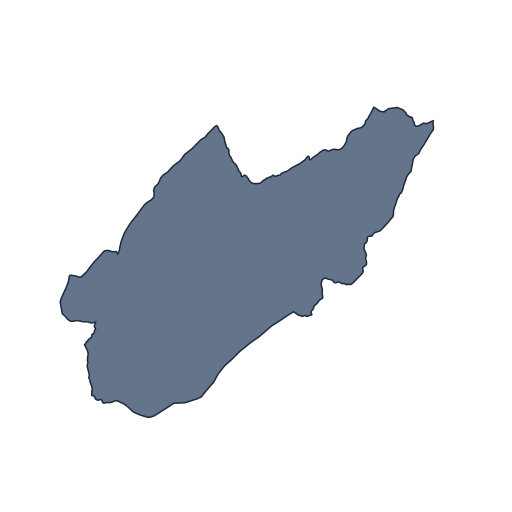 Boyacá, Boyacá, Colombia (Albers equal-area conic projection), rotated 168°
{"feature_id": "7082276B78300809096113", "entity_name": "Boyacá", "entity_type": "district", "adm_level": 2, "iso_a3": "COL", "parent_name": "Colombia", "parent_adm1": "Boyacá", "projection": "albers", "projection_center": [-73.391, 5.44], "detail": "fine", "context": "isolated", "style": "filled", "palette": "slate", "viewbox_px": 512, "rotation_deg": 168, "n_neighbors": 0, "source": "geoboundaries", "source_scale": "gbopen_adm2", "svg_char_len": 6107}
<svg xmlns="http://www.w3.org/2000/svg" viewBox="0 0 512 512"><g transform="rotate(168 256 256)"><path d="M391.2,286.9L391.2,287.7L391.3,288.7L391.8,289.5L392.3,289.4L393.8,289.6L396.3,290.3L397.9,291.5L400.6,292.5L403.1,292.4L404.5,291.8L405.9,290.6L411.2,286.8L415.1,284.2L420.1,280.1L422.2,278.3L424.9,275.8L430.8,272.3L432.1,271.8L433.2,272.1L434.2,272.4L434.9,273.1L435.5,273.5L440.4,275.5L441.5,275.8L442.6,275.4L443.4,273.6L445.0,269.5L448.7,264.0L453.8,257.2L455.2,255.2L457.1,251.7L457.5,239.7L455.5,237.2L453.2,233.0L451.7,231.4L450.7,230.7L448.4,230.1L446.6,230.2L445.2,230.1L443.8,229.8L441.1,228.7L438.5,227.5L435.7,227.0L433.8,226.3L431.9,225.1L430.7,224.6L426.7,224.6L428.5,221.6L428.8,221.0L428.8,220.4L428.1,218.6L428.2,217.8L428.9,217.2L429.6,216.4L430.4,214.3L431.1,213.9L432.2,213.6L432.8,213.3L433.2,212.3L433.5,211.2L434.1,210.6L436.4,209.7L437.5,209.0L438.0,208.4L438.2,207.6L438.9,207.5L439.5,207.5L440.0,207.2L440.2,206.4L440.5,205.7L441.6,205.4L442.2,204.9L440.7,199.2L440.5,197.1L440.5,195.0L441.9,191.7L442.6,188.9L442.6,187.5L442.9,185.9L443.8,184.2L444.1,182.6L443.8,175.5L443.8,174.1L444.9,171.7L444.6,170.5L444.3,169.2L444.3,168.0L444.6,167.3L444.2,166.1L444.1,164.5L443.7,163.0L443.8,160.1L444.0,159.2L444.7,158.2L444.9,157.3L444.9,156.5L445.2,155.6L445.6,154.8L445.6,154.0L445.3,153.5L443.9,152.9L443.3,152.1L442.9,149.9L442.3,149.0L441.0,147.9L440.0,147.7L439.4,148.0L438.5,148.0L437.3,147.5L436.7,146.5L436.5,145.5L436.3,144.3L435.7,143.8L434.8,143.6L433.0,143.7L432.0,143.6L429.8,143.0L427.5,142.9L425.4,143.4L423.7,143.6L421.7,143.1L420.1,142.0L418.8,140.8L416.8,139.5L413.6,136.2L408.7,129.3L406.1,127.1L401.3,123.9L395.4,120.7L393.5,120.3L389.1,120.7L381.7,123.4L366.8,129.1L363.2,128.4L357.7,127.5L356.4,127.2L343.4,128.5L338.7,129.6L332.9,134.4L323.6,141.4L317.5,148.6L309.7,155.0L300.5,160.3L292.3,165.7L279.7,172.2L269.7,176.4L255.0,184.5L246.1,187.7L238.5,190.9L230.8,193.6L226.8,189.3L226.0,188.8L225.3,188.7L224.6,188.3L224.1,187.7L222.7,187.3L220.9,187.7L220.2,187.3L219.3,186.7L218.2,186.4L216.3,186.6L215.5,186.6L213.7,186.9L213.6,187.5L213.8,188.4L213.8,189.3L213.6,190.0L213.0,190.8L211.3,192.1L210.6,192.8L209.9,194.3L209.3,195.2L208.3,195.8L207.0,196.4L206.4,196.6L204.0,198.8L202.5,199.8L200.4,200.7L199.6,200.9L199.3,201.7L199.1,203.5L199.2,204.9L198.3,208.3L198.0,210.3L198.1,212.1L198.3,213.9L197.9,215.7L196.6,218.3L195.6,219.2L193.8,220.0L192.8,220.0L190.1,218.3L188.2,217.5L186.9,216.7L185.9,216.0L185.8,215.0L185.4,214.3L184.5,213.5L183.4,213.2L182.2,213.3L180.6,213.7L179.5,212.6L177.3,210.9L176.5,210.9L175.5,210.7L174.3,209.9L173.4,209.1L172.6,209.1L171.0,209.0L169.4,208.4L168.2,208.8L165.9,210.0L162.7,212.2L160.9,213.5L157.4,215.6L155.1,217.4L154.5,218.3L154.2,219.5L154.3,221.7L153.8,222.6L150.7,224.0L149.8,224.7L149.2,226.6L149.1,228.0L149.3,230.3L149.2,231.3L148.3,232.8L147.9,233.7L147.8,234.8L148.1,236.7L148.7,239.4L148.8,240.9L148.5,242.0L148.2,242.8L147.9,244.0L147.3,245.1L147.1,245.3L145.2,246.4L144.8,246.8L144.3,247.6L144.1,247.8L143.8,248.6L143.3,250.7L143.0,251.3L142.1,251.6L141.5,251.7L140.6,251.7L138.6,251.4L138.1,251.7L137.3,252.8L136.9,253.1L136.2,253.6L135.2,254.1L134.8,254.2L131.7,254.5L129.2,254.9L125.4,257.4L120.2,261.1L116.7,263.9L115.1,265.1L114.7,265.5L113.6,266.4L113.1,268.0L112.8,268.5L112.6,269.0L112.5,270.2L112.3,270.9L110.6,274.6L108.5,277.8L105.4,283.4L105.1,283.8L104.4,284.0L102.3,287.1L101.0,287.3L99.9,288.7L98.6,290.6L96.9,294.3L95.7,296.0L94.7,298.0L93.8,299.1L93.1,300.3L92.6,301.4L91.7,302.6L89.5,304.7L87.5,305.9L86.9,306.5L86.5,307.1L85.2,310.6L83.9,313.3L82.9,316.1L82.0,317.9L81.0,319.2L79.5,320.7L75.9,322.2L75.1,322.9L72.2,326.7L69.0,329.5L67.8,330.9L65.0,333.8L63.1,335.9L60.0,339.3L56.5,342.5L56.0,343.5L55.6,345.0L55.4,348.3L54.5,351.4L56.2,351.2L60.4,350.2L62.4,350.2L64.0,351.0L64.6,351.1L70.1,349.4L70.8,349.3L72.3,349.7L73.2,350.5L73.7,351.4L73.7,352.2L73.5,352.8L73.5,353.5L73.7,354.2L74.1,354.9L74.3,355.6L74.3,356.3L74.3,357.6L74.4,358.8L75.3,359.7L76.9,360.1L76.9,360.5L79.2,362.7L79.5,364.5L81.4,367.9L82.2,368.7L83.3,369.4L86.9,371.9L95.5,372.6L99.1,371.2L99.6,370.9L99.6,370.5L100.0,370.4L101.0,370.5L102.1,370.8L103.4,371.2L104.6,371.9L105.5,372.7L108.2,375.6L109.8,377.0L115.3,370.3L116.3,369.4L118.1,367.0L120.4,365.6L121.7,363.2L122.8,361.9L124.4,360.7L125.7,360.0L127.9,359.6L129.7,359.7L131.5,359.6L133.5,359.0L135.6,358.7L137.6,357.5L140.0,355.3L141.2,354.5L142.2,353.0L144.1,348.6L146.5,346.1L147.8,344.8L149.3,343.7L150.9,343.1L153.1,342.6L155.3,343.5L157.4,344.2L159.2,344.2L161.0,343.9L162.1,343.8L163.0,343.5L163.9,343.7L164.5,344.4L166.0,345.4L166.9,345.6L168.0,345.6L171.9,344.2L172.9,343.5L175.1,342.4L179.4,340.6L182.7,338.8L183.0,338.8L183.3,339.4L183.5,340.0L183.4,341.6L183.5,342.2L183.9,342.6L184.7,342.6L186.7,341.2L187.7,340.1L189.9,339.0L192.5,337.9L194.0,337.2L195.5,336.9L201.7,335.1L203.7,334.4L205.8,333.3L208.2,332.4L210.0,332.3L213.9,331.6L215.8,330.1L216.6,330.0L217.4,330.4L218.7,330.1L220.3,329.9L220.9,330.0L221.6,330.5L222.3,331.5L223.3,331.2L225.0,330.3L225.8,330.3L226.6,330.4L227.3,330.1L228.2,329.9L229.4,329.9L231.6,328.8L233.6,328.2L235.1,327.2L236.5,326.5L237.8,326.4L240.6,326.7L242.4,327.1L244.3,327.9L245.4,328.8L246.7,330.9L247.2,332.0L247.3,333.1L248.1,334.3L248.7,336.0L249.3,336.8L250.7,337.5L252.6,336.5L253.1,336.4L253.6,336.8L253.7,337.4L253.6,340.2L255.0,342.6L255.5,345.4L255.9,346.5L256.1,348.1L256.5,349.3L258.4,352.0L259.0,353.3L259.4,354.8L259.8,356.5L259.9,357.6L260.9,359.6L261.1,362.2L260.5,364.8L260.6,365.9L260.9,367.0L262.3,368.3L262.3,371.0L262.6,372.4L262.5,374.6L262.7,376.4L262.5,378.1L262.7,379.3L263.5,381.8L264.3,383.8L265.7,386.1L266.0,387.2L266.3,389.9L267.4,391.7L268.9,391.4L269.8,390.9L272.5,389.0L277.9,385.5L280.9,382.9L285.8,381.2L296.2,374.3L304.7,370.1L310.5,364.9L318.0,361.5L325.0,356.5L330.2,354.4L332.9,352.3L334.2,350.5L335.0,349.1L336.7,347.1L341.0,344.3L342.6,341.2L342.5,338.7L343.6,335.0L346.7,332.7L349.5,331.8L352.7,330.4L355.0,328.8L364.6,320.4L372.6,313.7L379.7,306.2L384.7,298.6L387.3,293.0L389.4,288.1L391.2,286.9Z" fill="#64748b" stroke="#1e293b" stroke-width="1.5"/></g></svg>